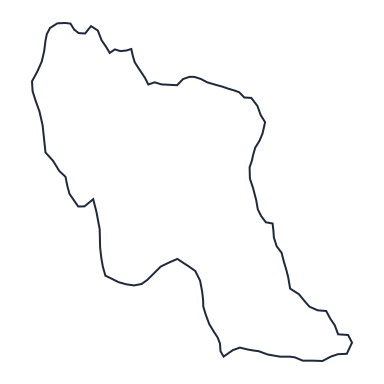 the district of Barrinha, São Paulo, Brazil
{"feature_id": "56859067B45881717181583", "entity_name": "Barrinha", "entity_type": "district", "adm_level": 2, "iso_a3": "BRA", "parent_name": "Brazil", "parent_adm1": "São Paulo", "projection": "equal_earth", "projection_center": [-48.087, -21.233], "detail": "fine", "context": "isolated", "style": "outline", "palette": "slate", "viewbox_px": 384, "rotation_deg": 0, "n_neighbors": 0, "source": "geoboundaries", "source_scale": "gbopen_adm2", "svg_char_len": 1684}
<svg xmlns="http://www.w3.org/2000/svg" viewBox="0 0 384 384"><path d="M265.1,122.2L260.6,114.9L257.5,106.1L251.3,97.9L244.3,97.5L239.1,92.2L233.8,90.3L228.6,88.8L222.5,86.7L214.6,84.5L207.1,82.3L200.9,79.0L194.4,76.9L189.3,76.9L183.1,79.0L177.1,85.2L169.3,84.8L161.4,84.4L154.7,82.3L148.3,84.5L145.0,77.9L141.6,72.8L138.3,67.8L134.8,62.4L132.9,56.2L131.3,49.0L126.4,50.5L120.4,51.1L114.9,49.4L109.7,52.9L105.9,46.5L101.6,40.3L97.8,30.5L91.0,26.1L85.1,33.5L78.6,33.1L74.1,29.5L70.5,23.6L65.5,23.0L57.4,23.3L50.0,28.0L46.8,34.2L45.5,40.7L44.1,51.5L41.7,61.7L37.4,71.4L32.0,81.3L32.6,91.3L36.0,101.9L39.5,111.6L42.6,125.3L45.5,152.5L53.1,160.9L59.3,171.0L65.5,176.8L67.4,186.2L69.5,193.9L78.2,206.5L84.4,206.4L93.2,199.2L96.5,212.2L99.7,229.3L100.1,247.4L101.3,257.9L102.9,266.9L105.4,275.7L111.3,278.5L118.4,282.1L126.2,284.3L134.0,285.4L141.6,284.0L147.3,279.9L160.7,266.6L168.0,263.0L177.4,258.9L183.8,263.2L188.5,266.2L195.3,271.0L200.1,280.7L202.2,291.9L203.1,299.9L203.3,306.7L206.0,315.4L209.3,324.2L213.9,331.8L217.6,337.4L220.0,343.6L220.5,351.2L223.6,356.6L232.9,350.1L239.9,347.6L247.8,349.5L253.4,350.5L258.7,351.2L267.7,354.5L280.2,356.7L290.1,356.7L295.0,357.4L302.8,360.7L313.6,360.7L322.5,361.0L330.8,356.6L337.9,354.2L346.8,353.8L352.0,342.6L348.1,335.0L338.1,334.3L334.8,325.3L330.3,318.7L326.2,311.0L317.6,310.3L309.5,306.7L305.0,301.6L298.8,294.1L290.1,288.6L288.2,277.3L286.4,270.2L283.9,261.8L281.6,252.8L276.7,246.3L273.9,237.6L273.4,230.7L272.6,223.5L265.9,222.3L261.3,216.3L257.8,209.4L256.2,200.1L253.0,187.9L249.9,178.6L249.6,167.3L251.8,160.9L253.4,153.9L255.3,147.5L259.4,141.0L262.5,133.6L265.1,122.2Z" fill="none" stroke="#1e293b" stroke-width="2"/></svg>